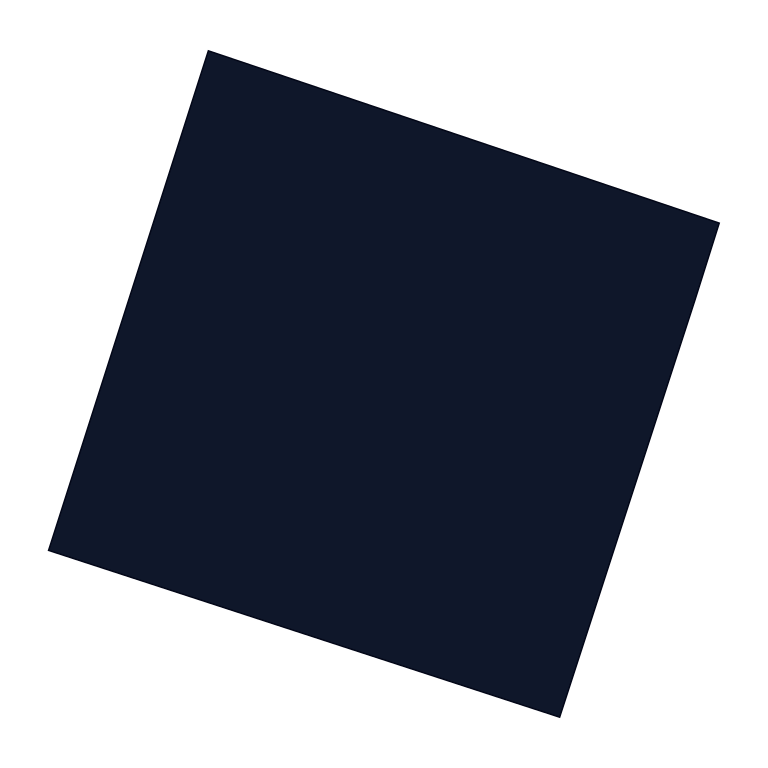 the district of Martin, Texas, United States of America, rotated 288°
{"feature_id": "52423323B4659936825166", "entity_name": "Martin", "entity_type": "district", "adm_level": 2, "iso_a3": "USA", "parent_name": "United States of America", "parent_adm1": "Texas", "projection": "natural_earth1", "projection_center": [-101.937, 32.306], "detail": "fine", "context": "isolated", "style": "filled", "palette": "ink", "viewbox_px": 768, "rotation_deg": 288, "n_neighbors": 0, "source": "geoboundaries", "source_scale": "gbopen_adm2", "svg_char_len": 255}
<svg xmlns="http://www.w3.org/2000/svg" viewBox="0 0 768 768"><g transform="rotate(288 384 384)"><path d="M559.1,653.8L640.6,653.1L646.6,114.0L130.4,116.4L122.1,116.4L121.4,654.0L559.1,653.8Z" fill="#0f172a" stroke="#020617" stroke-width="1.5"/></g></svg>